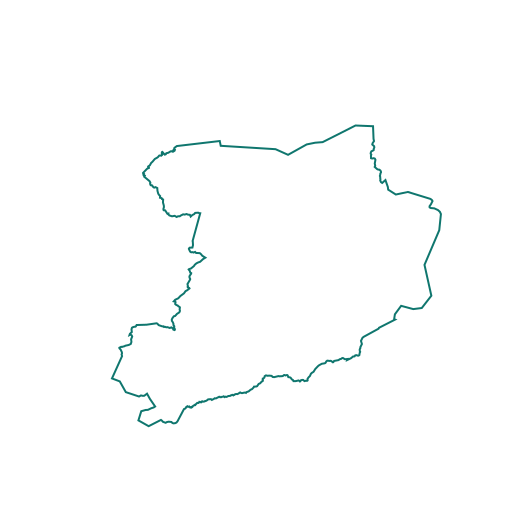 Loh-Djiboua, Sud-Bandama, Ivory Coast, rotated 63°
{"feature_id": "98640826B50838995581112", "entity_name": "Loh-Djiboua", "entity_type": "district", "adm_level": 2, "iso_a3": "CIV", "parent_name": "Ivory Coast", "parent_adm1": "Sud-Bandama", "projection": "equal_earth", "projection_center": [-5.414, 5.714], "detail": "fine", "context": "isolated", "style": "outline", "palette": "teal", "viewbox_px": 512, "rotation_deg": 63, "n_neighbors": 0, "source": "geoboundaries", "source_scale": "gbopen_adm2", "svg_char_len": 6146}
<svg xmlns="http://www.w3.org/2000/svg" viewBox="0 0 512 512"><g transform="rotate(63 256 256)"><path d="M316.2,81.0L302.6,72.2L300.1,72.1L297.7,73.0L294.5,75.5L292.6,78.5L291.6,79.2L291.2,79.2L290.4,78.7L289.3,76.6L287.2,73.8L286.2,73.8L284.4,74.6L283.5,75.5L267.9,91.6L264.7,103.5L256.9,108.1L254.4,107.2L247.1,106.2L248.2,110.4L246.9,111.1L245.0,111.0L244.0,110.2L243.0,110.0L242.0,109.4L240.9,109.3L240.0,108.4L239.0,107.8L238.3,106.7L237.3,106.3L236.2,106.4L235.1,106.9L234.4,108.0L233.6,108.6L230.5,109.8L229.7,108.8L227.5,108.2L224.5,105.9L223.2,105.9L222.3,106.7L221.9,108.2L221.1,109.1L218.9,108.1L217.9,107.2L216.9,107.4L215.8,106.6L215.1,105.6L215.2,104.3L215.0,103.0L213.9,102.4L213.0,101.3L211.8,100.9L209.5,101.8L208.5,101.0L207.2,98.7L205.0,98.1L193.5,92.8L184.9,108.1L184.8,144.9L181.9,151.9L179.6,160.2L180.4,181.5L169.7,190.1L141.8,237.4L137.1,236.1L122.1,276.6L122.6,279.6L123.3,280.1L123.9,281.1L124.1,280.2L124.5,280.0L125.2,280.7L125.3,281.4L125.4,282.7L124.1,284.0L124.0,284.7L124.2,287.3L123.7,289.2L124.4,290.2L124.3,291.2L123.6,291.3L122.7,292.0L122.1,291.8L120.7,292.2L120.7,292.5L121.4,293.2L122.0,293.4L122.2,293.1L122.9,293.0L123.4,293.9L123.3,294.2L123.6,294.9L122.8,295.9L122.6,296.7L123.3,298.3L123.5,299.3L123.6,302.1L125.0,305.4L125.5,307.2L127.0,309.4L127.3,311.5L128.0,311.8L128.6,311.3L128.9,311.4L128.8,313.4L130.7,318.9L131.6,319.2L132.1,318.6L133.0,319.4L133.9,318.6L134.6,319.6L140.9,316.9L142.6,316.8L143.6,317.6L145.1,317.7L145.7,316.7L146.3,316.4L147.1,316.5L148.6,315.9L148.9,315.6L149.0,314.3L150.6,313.1L153.2,314.2L156.0,314.8L157.3,314.7L159.1,314.2L160.5,315.1L161.5,313.9L161.9,313.7L162.6,313.9L162.9,313.5L163.5,313.1L166.1,314.6L169.1,315.2L170.6,315.8L172.0,317.1L172.9,317.5L173.5,317.3L173.9,316.4L174.2,316.2L178.2,315.8L178.5,315.6L178.5,314.8L179.3,315.1L180.5,314.8L182.5,312.8L183.3,310.2L185.2,309.0L185.2,307.5L186.0,305.8L185.8,304.8L185.8,302.0L186.7,300.8L187.1,298.8L188.2,297.9L189.3,296.2L191.2,296.3L190.6,294.2L190.6,292.0L190.0,290.7L190.1,290.3L191.2,287.8L192.0,287.2L192.6,286.3L213.9,305.7L214.3,305.7L217.7,307.2L219.6,308.8L218.5,311.3L218.9,312.4L219.2,312.6L222.1,312.7L223.0,312.3L223.3,312.0L223.8,310.7L224.6,310.0L224.7,308.4L226.1,308.0L227.9,304.8L229.6,304.1L231.3,303.8L234.5,301.9L234.7,304.5L235.8,308.5L235.5,310.3L235.5,312.4L236.0,314.5L236.8,315.9L237.6,319.6L237.3,321.7L237.4,322.1L239.3,321.8L241.0,322.1L241.8,321.5L242.3,321.8L243.4,323.9L244.0,324.6L245.2,325.1L246.3,325.0L247.0,325.3L249.9,329.8L252.1,330.4L252.4,330.9L252.9,331.0L254.2,330.0L254.7,330.0L255.3,333.0L255.3,334.7L256.6,337.2L257.3,341.5L258.4,344.5L258.3,347.9L259.1,349.8L260.1,348.6L260.7,348.7L262.0,349.8L263.2,349.4L264.7,348.2L265.6,348.0L266.7,347.2L267.4,347.2L268.9,348.3L270.4,348.7L271.4,349.9L271.7,352.7L272.7,355.2L272.4,356.6L273.5,358.8L274.4,359.9L275.6,360.4L277.2,360.2L278.8,360.3L280.1,360.9L281.5,360.7L282.5,361.7L283.6,361.4L284.8,361.7L285.0,362.0L285.0,362.3L284.0,363.1L283.0,362.9L282.3,363.3L281.3,363.6L281.1,364.1L281.0,365.5L279.2,367.2L278.8,368.3L277.8,369.2L277.5,370.2L276.7,370.3L276.2,371.4L273.4,374.1L271.5,374.6L270.8,375.2L267.5,384.8L263.3,393.7L264.2,395.1L264.2,395.7L263.8,396.5L263.5,398.5L263.7,399.2L264.8,400.2L267.4,401.2L268.1,403.7L269.0,404.6L269.0,403.7L269.5,403.2L270.2,402.8L271.6,402.9L273.5,405.1L276.0,406.0L277.5,407.5L277.5,409.8L276.6,413.2L276.7,414.1L276.3,415.8L276.2,416.7L275.7,417.3L275.7,419.4L276.3,419.6L277.9,419.1L280.9,419.2L282.1,419.7L282.6,420.4L284.4,420.8L299.7,439.9L305.9,434.3L318.2,433.8L328.1,424.0L328.0,421.8L329.1,420.5L329.8,419.0L329.2,415.6L335.1,415.4L344.3,414.2L344.5,415.9L344.1,418.5L344.0,422.2L343.1,424.2L342.2,428.7L349.1,435.4L358.9,428.9L358.9,415.1L360.2,414.5L361.5,414.2L363.3,412.5L363.6,412.2L363.5,410.8L364.0,409.0L365.5,406.7L366.8,406.3L367.6,405.6L368.2,404.1L368.3,402.9L368.3,402.5L367.6,400.9L359.7,389.7L359.8,388.5L359.4,387.3L359.0,387.0L358.7,385.4L359.5,385.1L359.8,384.5L359.7,383.9L360.8,383.6L361.0,382.7L361.4,383.0L361.7,382.6L361.5,382.1L361.7,381.6L361.6,381.2L361.2,381.0L361.0,379.8L360.9,379.2L361.3,377.9L361.1,377.5L360.8,377.5L360.8,376.9L360.2,375.0L360.8,374.1L360.7,373.4L360.2,372.7L361.5,371.4L361.4,370.2L361.0,370.5L361.0,369.9L361.5,369.5L362.1,368.6L362.2,367.6L362.1,367.2L362.3,367.0L362.4,366.4L362.3,364.8L362.0,363.9L362.1,363.5L363.1,361.1L364.2,360.7L364.2,358.4L364.0,357.4L364.7,356.4L364.7,352.7L365.0,352.2L365.5,352.1L366.0,351.2L366.0,350.2L366.5,349.0L366.4,348.5L367.5,348.0L367.4,347.2L368.2,346.2L368.2,344.2L368.9,342.6L368.7,341.8L368.9,341.4L368.9,340.2L369.9,339.5L369.7,338.6L369.9,338.3L369.7,337.9L369.9,336.4L370.6,335.3L370.6,333.6L370.3,332.7L370.5,331.9L371.4,331.4L372.1,330.1L372.1,329.5L372.7,327.7L373.4,327.1L373.1,326.7L373.0,326.0L373.3,324.0L372.7,321.6L372.8,320.0L372.0,317.7L371.5,317.1L372.4,315.0L372.5,314.1L371.2,311.7L371.3,310.0L370.7,308.6L370.3,306.5L369.3,306.3L369.1,305.9L368.3,305.6L368.4,304.7L368.1,303.7L367.0,302.8L366.9,301.3L367.9,300.2L368.6,298.5L369.9,296.5L371.3,296.1L372.2,294.8L373.2,290.5L373.8,289.8L375.0,287.1L375.1,286.3L374.8,285.3L375.0,284.6L375.8,284.0L376.0,282.8L376.4,282.1L376.9,282.0L378.6,282.2L379.5,280.9L380.2,280.4L382.2,280.1L383.2,279.4L384.5,279.4L385.5,277.5L386.2,274.6L387.0,274.0L387.7,273.9L387.8,273.5L387.1,272.3L387.4,271.0L387.9,270.2L389.5,269.6L389.8,268.2L390.4,267.2L390.3,266.5L388.9,265.9L388.0,264.3L387.4,262.4L385.9,260.6L385.5,259.4L385.3,257.3L383.6,254.5L382.3,250.8L382.0,249.5L381.9,246.3L382.8,243.5L382.8,242.7L381.8,241.1L381.6,240.0L383.0,237.9L383.3,237.0L383.8,236.6L385.6,235.8L385.7,235.3L385.1,234.5L385.0,233.9L386.2,229.8L386.0,228.2L386.3,226.9L386.1,225.7L386.3,224.9L388.4,223.6L389.3,221.2L390.1,222.0L390.2,217.7L389.6,215.1L390.2,213.8L389.6,212.7L389.9,211.6L391.2,210.3L391.3,209.4L391.2,208.9L389.4,207.6L388.7,206.7L387.8,206.7L386.3,206.0L385.4,204.8L384.6,204.4L382.5,201.6L379.3,201.0L377.2,198.2L376.9,196.7L376.4,179.8L375.8,179.0L375.8,160.9L375.0,161.6L371.0,158.7L366.3,149.3L374.7,140.0L377.6,131.9L371.0,117.8L340.4,109.9L316.2,81.0Z" fill="none" stroke="#0f766e" stroke-width="2"/></g></svg>